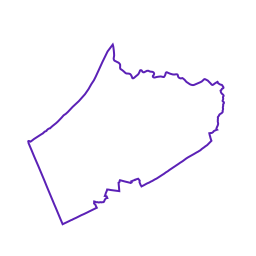 outline of Dong Hai, Bạc Liêu, Vietnam, rotated 171°
{"feature_id": "81297802B21221579574343", "entity_name": "Dong Hai", "entity_type": "district", "adm_level": 2, "iso_a3": "VNM", "parent_name": "Vietnam", "parent_adm1": "Bạc Liêu", "projection": "natural_earth1", "projection_center": [105.374, 9.137], "detail": "fine", "context": "isolated", "style": "outline", "palette": "violet", "viewbox_px": 256, "rotation_deg": 171, "n_neighbors": 0, "source": "geoboundaries", "source_scale": "gbopen_adm2", "svg_char_len": 5604}
<svg xmlns="http://www.w3.org/2000/svg" viewBox="0 0 256 256"><g transform="rotate(171 128 128)"><path d="M32.4,159.6L34.9,158.6L37.0,157.5L37.4,157.4L37.7,157.3L38.0,157.4L38.2,157.5L38.5,157.7L38.7,157.9L39.5,159.2L40.4,160.4L41.1,161.4L41.7,162.3L43.3,163.5L44.0,164.0L44.4,164.2L44.8,164.3L45.2,164.2L45.4,164.1L45.9,163.7L46.7,163.2L47.7,162.5L48.2,162.3L49.4,161.9L55.7,160.3L56.4,160.2L56.7,160.2L57.3,160.3L57.9,160.4L59.4,161.1L60.2,161.7L61.9,163.3L62.9,164.2L63.5,165.0L64.0,165.9L64.6,166.8L65.8,168.2L66.2,168.5L66.5,168.8L66.8,168.8L67.7,168.7L68.0,168.7L68.6,168.9L69.1,169.2L69.9,169.8L70.0,170.0L70.2,170.3L70.4,170.8L70.5,171.3L70.5,172.2L70.6,172.6L70.8,173.1L71.0,173.2L71.2,173.3L71.6,173.4L71.9,173.5L74.2,173.6L75.4,173.9L76.1,174.2L78.0,175.1L79.9,176.3L80.7,176.8L80.8,176.9L81.2,177.0L81.6,176.9L81.9,176.6L82.2,176.3L82.6,175.2L83.0,174.5L84.0,173.2L84.4,172.9L84.5,172.8L85.0,172.8L85.6,173.0L87.3,173.7L87.8,173.8L89.9,173.9L91.6,173.9L93.5,173.7L93.8,173.7L94.3,173.8L94.8,174.0L95.1,174.3L95.4,174.7L95.4,175.1L95.3,175.4L95.2,175.7L94.4,176.3L94.1,176.6L93.8,177.2L93.8,177.4L93.7,177.7L93.8,178.3L93.9,178.6L94.0,178.8L94.4,179.2L94.7,179.4L95.2,179.7L96.8,180.1L97.3,180.3L97.9,180.6L98.7,181.2L99.2,181.4L99.4,181.4L100.1,181.5L100.3,181.5L101.6,181.1L102.5,180.8L103.2,180.6L103.6,180.5L103.9,180.6L104.3,180.7L104.6,181.0L104.9,181.3L105.3,182.2L105.5,182.6L105.8,182.9L106.3,183.1L106.7,183.1L107.0,183.0L107.2,182.8L107.5,182.2L107.8,181.7L108.9,180.1L109.4,179.6L110.0,179.1L110.7,178.7L111.9,178.0L114.0,176.7L114.4,176.5L115.0,176.3L115.6,176.4L115.7,176.5L115.9,176.7L116.0,177.3L116.4,178.8L116.6,179.5L117.1,180.5L117.5,181.0L118.0,181.3L118.5,181.5L119.1,181.7L120.3,181.9L120.7,182.0L121.5,182.4L121.8,182.6L122.1,183.0L123.7,185.0L124.7,186.1L125.9,187.2L126.1,187.3L126.3,187.8L126.4,188.5L126.4,188.9L126.3,189.2L126.0,190.7L125.9,191.6L125.9,192.0L126.2,192.7L126.5,193.2L127.2,194.1L127.6,194.3L130.2,196.2L130.7,196.5L130.9,196.8L131.0,197.0L131.2,197.5L131.3,198.1L131.3,198.8L131.1,199.5L130.4,201.6L130.3,202.0L130.2,203.2L130.1,203.9L129.9,206.9L129.8,210.3L129.9,212.1L130.0,212.8L136.2,206.8L143.0,197.1L147.5,190.3L151.9,183.7L154.2,180.5L157.4,177.0L160.9,172.6L165.2,168.1L172.4,162.2L179.4,157.5L184.8,153.3L187.2,151.7L189.6,150.6L192.0,148.6L196.2,145.4L198.3,144.0L202.2,141.8L204.7,140.2L204.8,140.0L205.0,139.9L205.3,140.0L205.8,139.9L207.2,139.4L207.8,139.0L208.7,138.4L209.0,137.9L209.3,137.8L210.0,137.6L210.8,137.5L211.2,137.3L211.5,136.9L212.1,136.6L212.5,136.4L212.7,136.1L213.3,135.8L214.0,135.6L222.6,131.8L225.5,130.2L226.4,129.8L226.9,130.2L228.0,130.7L228.3,130.7L228.6,130.5L228.6,130.2L228.5,129.1L228.6,128.8L227.7,125.0L226.9,121.9L226.3,119.4L225.2,114.8L222.4,103.9L218.8,89.2L217.3,82.7L212.6,63.4L211.9,60.7L208.9,48.4L207.6,43.2L200.8,45.2L198.6,45.9L197.6,46.1L196.2,46.6L193.3,47.4L190.5,48.3L187.7,49.2L185.0,49.9L181.0,51.1L179.8,51.5L175.6,52.8L172.7,53.7L172.0,53.9L171.3,54.1L171.9,55.9L172.1,56.9L172.4,57.6L172.7,57.9L173.1,58.4L173.2,58.6L173.3,58.8L173.3,59.0L172.9,60.2L172.9,60.7L172.4,60.6L171.7,60.1L170.8,59.6L169.6,59.5L169.4,59.4L168.9,59.1L168.4,59.0L167.9,59.0L167.2,59.1L166.6,59.0L166.3,58.8L166.0,58.7L165.2,58.8L164.4,58.6L164.1,58.6L163.8,58.7L163.3,58.9L163.2,59.0L162.7,59.9L162.0,60.9L161.8,61.1L161.4,61.5L161.0,61.8L160.6,62.0L160.3,62.1L159.9,62.1L159.7,62.1L159.4,62.1L159.5,62.5L159.7,63.4L159.8,63.8L160.0,64.0L160.6,64.2L161.1,64.4L161.5,64.5L160.6,66.0L160.2,67.0L159.5,68.1L158.9,69.1L158.5,69.7L158.2,70.5L156.9,70.2L154.6,69.4L149.2,67.8L147.8,67.4L146.5,67.0L146.3,69.2L145.9,75.4L145.3,75.6L145.1,75.7L144.9,76.0L144.5,77.1L144.4,77.3L144.1,77.7L142.7,77.1L140.5,76.1L138.4,75.2L134.3,73.5L134.0,73.3L132.9,73.7L133.1,74.8L130.5,75.4L129.1,75.6L129.1,75.8L126.7,76.2L125.9,76.3L124.7,74.3L124.7,74.1L125.0,73.1L125.1,72.8L125.1,72.5L124.4,69.5L124.3,69.3L124.0,69.0L124.0,68.8L123.8,68.2L121.3,69.0L119.4,69.7L117.7,70.3L115.6,70.8L113.5,71.6L112.3,71.9L109.6,73.0L107.9,73.5L107.4,73.7L103.8,75.3L100.9,76.6L99.9,77.0L97.4,78.3L95.4,79.1L93.8,80.0L91.4,81.1L83.4,84.8L82.0,85.5L80.1,86.3L79.0,86.8L75.4,88.7L74.3,89.2L73.1,89.7L66.9,92.0L63.9,93.2L62.9,93.5L60.8,94.4L60.0,94.7L58.5,95.7L55.3,97.3L54.5,97.8L53.8,98.1L52.5,98.7L47.6,102.3L47.8,103.3L48.1,105.2L48.2,106.7L48.4,108.2L48.5,110.1L47.0,110.1L46.5,110.0L46.0,110.1L45.8,110.1L45.5,110.2L45.1,110.4L44.4,110.8L43.9,111.4L43.5,111.6L42.2,112.0L41.6,112.1L41.1,112.3L40.3,112.4L40.7,113.0L40.8,113.3L40.8,113.6L40.6,113.9L40.4,114.3L40.0,114.9L39.7,115.5L39.4,115.9L39.2,116.1L39.0,116.3L38.8,117.0L38.4,117.7L38.3,118.0L38.3,118.7L38.3,119.9L38.3,120.4L38.3,120.8L38.0,121.6L38.0,122.2L37.7,123.2L37.6,123.6L37.6,124.3L37.6,124.6L37.5,124.8L36.8,125.4L35.8,126.5L35.7,126.9L35.5,127.0L34.5,127.6L33.4,127.9L33.1,128.1L32.3,128.7L31.9,129.2L31.9,129.3L31.9,130.1L31.8,130.3L31.2,131.6L31.1,132.0L31.1,132.5L31.2,133.0L31.1,133.4L30.9,134.1L30.6,134.7L30.5,134.9L30.5,135.5L30.4,136.2L30.3,136.5L30.1,136.8L29.6,137.2L29.4,137.6L29.3,137.9L29.3,138.1L29.3,138.4L29.6,138.9L30.2,139.4L30.2,139.5L30.3,139.7L30.3,139.9L30.3,140.2L30.1,140.5L29.7,141.2L29.5,141.7L29.4,142.1L29.4,143.5L29.3,143.8L29.1,144.1L28.5,144.8L28.5,145.0L28.6,145.4L28.7,145.7L29.0,146.2L29.9,147.2L30.2,147.8L30.5,148.4L30.6,148.8L30.7,150.5L30.0,150.9L29.8,151.0L29.6,151.2L29.4,151.6L29.0,152.0L27.8,152.4L27.6,152.5L27.4,152.9L27.4,153.2L27.4,153.3L27.5,153.7L27.9,154.5L28.2,155.3L28.4,155.7L28.8,156.0L29.7,156.3L30.6,156.9L31.9,158.1L32.1,158.3L32.2,158.9L32.2,159.3L32.4,159.6Z" fill="none" stroke="#5b21b6" stroke-width="2"/></g></svg>